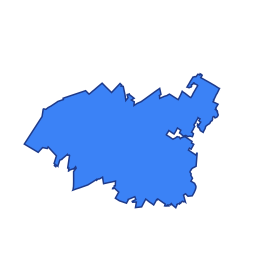 outline of Huehuetán, Chiapas, Mexico, rotated 25°
{"feature_id": "50627088B5794115738301", "entity_name": "Huehuetán", "entity_type": "district", "adm_level": 2, "iso_a3": "MEX", "parent_name": "Mexico", "parent_adm1": "Chiapas", "projection": "equal_earth", "projection_center": [-92.394, 15.021], "detail": "fine", "context": "isolated", "style": "filled", "palette": "blue", "viewbox_px": 256, "rotation_deg": 25, "n_neighbors": 0, "source": "geoboundaries", "source_scale": "gbopen_adm2", "svg_char_len": 5791}
<svg xmlns="http://www.w3.org/2000/svg" viewBox="0 0 256 256"><g transform="rotate(25 128 128)"><path d="M170.7,48.4L170.8,48.6L171.0,48.8L171.1,49.1L170.3,49.7L170.1,49.6L169.7,49.4L169.2,49.7L168.9,49.8L168.6,49.8L168.5,50.3L168.4,50.8L168.1,52.0L167.9,52.8L167.5,53.0L167.2,53.0L166.7,53.3L165.9,54.1L165.7,54.1L165.4,54.3L165.3,55.1L165.3,55.3L165.3,55.6L165.2,56.1L165.0,57.7L164.8,59.2L164.6,62.1L164.4,63.6L164.2,65.2L164.2,65.6L164.4,65.4L164.5,65.7L164.6,65.8L164.8,65.8L165.2,65.8L165.5,65.9L165.8,65.8L166.5,65.6L167.2,64.6L167.8,64.3L168.0,63.4L167.3,62.2L167.2,62.0L167.4,61.9L168.2,61.0L168.2,60.0L168.3,59.6L168.4,59.4L168.5,59.3L168.9,59.2L169.6,59.9L169.9,59.8L170.7,59.6L172.1,59.8L172.5,59.7L173.0,59.9L173.3,60.2L173.1,62.2L172.9,63.8L172.8,65.5L172.7,66.5L172.5,68.6L172.4,70.2L172.5,70.9L172.5,71.4L172.2,73.2L172.1,73.9L170.6,73.8L165.1,72.5L162.5,72.1L161.6,71.8L161.7,75.6L161.6,79.5L161.5,81.1L155.3,80.3L153.2,80.0L151.2,79.8L150.6,80.6L150.2,81.1L150.0,81.5L149.9,81.8L149.2,82.5L148.8,82.8L148.6,83.1L147.6,83.9L144.2,87.8L143.5,86.6L143.4,86.1L142.8,85.5L142.7,85.4L143.7,83.6L140.0,78.7L139.0,80.5L138.7,80.9L137.5,83.0L131.0,94.7L129.4,97.5L128.7,98.7L125.9,101.9L123.9,105.1L122.6,101.6L119.2,101.2L121.0,98.5L115.1,97.1L114.9,96.8L114.6,97.3L114.4,97.0L113.1,98.1L113.1,98.4L113.8,99.1L114.0,99.3L114.2,99.6L114.7,100.0L115.2,100.4L115.1,101.1L114.4,104.0L112.0,100.3L110.9,98.7L106.1,92.3L104.0,92.9L104.2,91.8L102.0,91.0L98.1,102.8L91.0,100.3L87.0,98.8L85.6,98.3L83.0,103.9L81.4,107.5L80.3,109.7L79.3,112.0L78.4,113.8L73.8,112.1L62.1,123.2L59.7,125.5L58.3,126.8L56.6,128.5L57.4,129.5L53.2,133.6L52.1,135.5L48.9,140.7L46.8,143.5L46.7,143.9L46.3,144.6L45.7,145.8L43.5,146.3L43.2,146.8L45.3,154.0L40.8,186.4L56.9,188.0L57.7,185.3L58.9,181.8L63.5,180.7L63.6,178.9L74.9,183.5L76.0,191.4L77.4,191.7L77.2,193.2L78.9,193.6L79.1,192.0L80.6,192.3L80.5,192.1L79.9,187.1L79.8,185.9L81.3,184.4L81.2,184.2L84.0,178.1L84.1,178.5L86.3,177.4L86.6,177.5L90.4,190.3L90.4,190.1L91.3,189.4L92.3,192.1L92.5,191.9L92.2,191.2L93.1,190.4L93.2,190.5L95.5,188.2L96.0,188.2L96.9,185.3L97.1,185.5L97.5,185.8L97.7,186.3L97.9,186.3L98.0,186.4L97.1,190.5L101.4,199.6L103.4,204.2L103.5,204.6L104.0,206.2L104.3,207.4L104.3,207.6L107.0,204.9L109.4,202.7L115.7,196.5L119.1,191.3L121.2,187.9L121.6,188.5L122.7,186.6L123.7,186.2L125.7,183.3L129.4,188.8L132.4,186.5L134.1,185.2L135.9,183.9L136.9,183.1L139.1,181.4L140.9,185.7L140.0,186.1L140.4,187.9L140.0,188.4L139.8,188.5L139.6,188.9L139.6,189.1L139.7,189.5L140.7,188.9L141.2,188.4L141.5,188.2L143.3,189.0L146.7,190.0L146.2,197.0L151.0,197.6L158.4,196.8L158.6,193.2L158.3,192.7L163.2,187.4L165.3,189.5L162.8,192.7L163.5,193.3L166.9,191.6L168.4,197.0L173.7,193.7L174.1,184.9L178.6,186.0L181.4,186.4L183.8,186.9L184.1,183.2L184.2,180.8L184.8,180.9L185.0,179.7L193.9,181.2L194.1,183.1L194.4,183.0L194.7,182.9L195.1,182.8L195.7,182.5L196.1,182.3L196.4,182.1L197.0,181.8L196.1,181.7L196.2,181.2L197.3,181.4L197.6,180.4L198.7,180.0L198.7,179.4L198.8,179.1L199.3,179.4L199.6,179.2L199.4,178.3L201.6,179.2L205.0,180.1L204.9,176.5L204.7,176.5L204.8,176.2L206.2,175.0L206.7,175.1L206.7,174.3L207.0,174.5L207.3,174.2L207.5,173.8L207.5,173.6L207.6,173.3L207.5,173.1L207.6,172.7L207.9,172.3L207.9,172.0L208.1,171.5L208.6,171.3L209.2,171.4L209.6,171.4L209.9,171.3L210.1,170.8L210.6,170.6L211.3,170.8L206.7,165.4L207.9,163.3L211.2,164.5L214.9,162.3L215.2,158.5L215.1,155.1L214.9,154.3L214.9,153.9L214.7,153.3L214.6,153.0L214.3,152.3L214.0,151.9L213.3,151.3L211.7,150.0L207.5,149.6L207.6,147.6L207.7,146.3L204.8,144.2L204.7,143.0L204.4,142.7L203.2,142.1L202.8,141.8L202.6,141.1L202.8,139.4L203.0,139.1L202.9,138.4L203.5,137.0L205.9,133.9L201.1,121.1L201.0,121.8L201.1,122.5L200.9,123.1L200.9,123.3L200.8,123.8L198.8,123.5L197.7,123.3L196.5,123.2L193.8,122.7L192.1,122.5L192.2,120.3L193.5,120.5L194.2,120.5L194.2,118.9L194.3,118.4L194.5,115.0L193.8,114.9L191.9,114.9L191.7,113.1L183.6,111.8L183.3,111.9L182.4,112.4L181.8,112.7L181.5,113.5L180.6,114.0L180.4,114.5L179.9,115.6L178.5,114.5L178.0,114.6L177.0,115.0L176.2,115.0L176.1,115.3L175.2,117.0L174.0,118.4L173.5,119.2L168.6,118.4L167.4,118.3L166.9,118.2L166.2,118.2L165.6,118.0L165.7,116.3L166.0,114.7L166.1,113.0L170.0,113.7L172.3,114.0L172.6,111.5L172.7,110.2L172.8,107.1L174.9,107.4L175.3,107.5L176.7,107.7L176.8,107.7L176.8,110.7L179.0,111.1L179.4,111.3L181.0,111.8L182.0,111.8L182.9,110.8L183.6,110.3L185.7,110.5L186.5,110.0L187.3,109.3L187.9,109.1L189.6,108.8L190.0,108.7L190.0,107.8L189.9,106.5L189.7,105.5L188.8,105.2L188.0,105.0L187.4,105.0L187.4,104.2L187.7,101.4L187.6,100.5L187.7,99.4L187.7,99.2L187.8,98.8L187.9,98.4L186.6,97.5L186.4,97.1L186.6,95.7L186.9,95.1L186.8,94.8L187.1,90.8L187.2,89.7L187.1,89.0L188.7,89.3L189.1,89.3L189.4,89.3L189.2,90.7L189.1,91.4L190.7,91.9L191.4,91.9L191.3,92.8L191.0,94.0L191.0,95.3L190.6,95.3L190.4,95.3L189.4,95.1L189.7,95.5L189.8,96.3L190.3,96.3L190.8,96.3L190.6,97.4L191.0,97.6L191.8,97.9L192.4,97.7L194.7,99.8L198.0,100.2L197.9,98.8L198.0,98.5L198.0,98.3L198.0,97.2L198.1,96.5L198.1,95.9L198.0,95.2L197.9,94.6L197.8,94.3L197.7,94.0L197.8,93.7L197.9,93.3L198.4,92.2L199.3,90.6L199.8,90.0L200.1,89.4L200.2,88.6L200.3,88.3L200.2,88.1L200.2,87.4L200.4,86.9L200.6,86.5L200.7,86.2L201.1,85.9L201.1,85.5L201.0,84.4L200.6,83.8L200.3,82.1L200.6,81.5L201.2,81.2L201.8,81.5L202.2,82.0L202.6,82.1L203.2,81.5L203.5,81.1L203.9,80.6L204.2,79.8L204.3,78.4L204.1,77.8L202.7,76.4L202.6,76.2L202.4,75.9L202.4,75.7L201.8,75.6L201.8,75.1L201.8,74.9L201.8,74.7L202.1,74.7L199.3,74.3L199.3,73.3L199.7,73.4L199.1,72.7L199.6,68.4L194.0,68.3L194.1,66.8L194.1,66.3L193.7,66.2L193.9,64.8L193.9,60.1L194.1,59.3L194.2,53.5L193.6,53.6L188.7,52.9L183.2,52.4L172.7,51.6L172.9,49.9L172.9,49.3L172.9,48.8L171.4,48.4L170.7,48.4Z" fill="#3b82f6" stroke="#1e3a8a" stroke-width="1.5"/></g></svg>